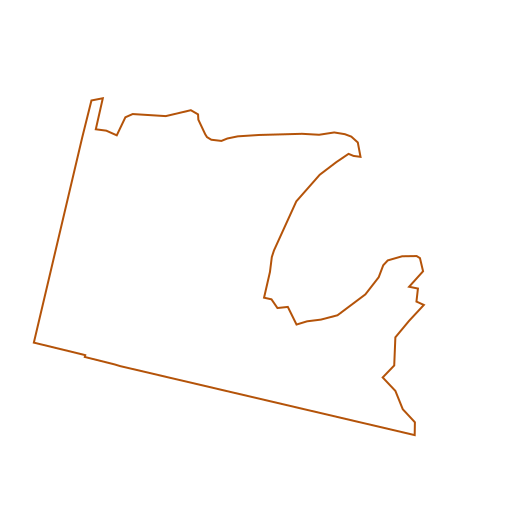 the district of Chambers, Texas, United States of America, rotated 194°
{"feature_id": "52423323B38827881811881", "entity_name": "Chambers", "entity_type": "district", "adm_level": 2, "iso_a3": "USA", "parent_name": "United States of America", "parent_adm1": "Texas", "projection": "natural_earth1", "projection_center": [-94.702, 29.707], "detail": "fine", "context": "isolated", "style": "outline", "palette": "amber", "viewbox_px": 512, "rotation_deg": 194, "n_neighbors": 0, "source": "geoboundaries", "source_scale": "gbopen_adm2", "svg_char_len": 970}
<svg xmlns="http://www.w3.org/2000/svg" viewBox="0 0 512 512"><g transform="rotate(194 256 256)"><path d="M90.2,281.6L96.4,293.6L100.1,294.8L114.1,291.1L127.1,283.6L130.3,277.8L131.8,265.1L140.6,245.2L162.6,218.2L177.6,210.0L190.6,205.0L200.1,199.3L212.8,214.3L222.6,210.7L230.5,217.7L238.1,217.5L238.6,243.9L240.4,258.8L239.9,265.8L230.1,318.8L213.8,350.3L200.8,366.5L190.9,377.5L185.6,376.7L178.6,377.5L184.7,390.8L192.4,394.9L199.3,395.7L210.0,394.8L224.1,388.9L240.9,385.7L282.2,374.2L302.6,367.7L312.2,363.1L317.4,359.3L327.5,358.0L332.3,359.5L334.7,361.8L344.9,374.3L346.5,379.4L354.5,381.7L377.4,369.9L410.0,363.9L416.3,359.0L420.3,339.4L431.6,341.4L442.1,340.2L442.8,372.0L453.3,367.1L453.3,329.3L450.6,118.2L397.7,118.5L397.7,116.6L367.0,116.6L361.2,116.3L58.7,120.6L61.6,133.1L76.5,142.8L88.1,158.8L103.7,168.8L95.4,183.2L101.1,210.8L91.8,230.1L81.3,249.1L89.3,250.6L91.0,263.6L100.0,263.2L90.2,281.6Z" fill="none" stroke="#b45309" stroke-width="2"/></g></svg>